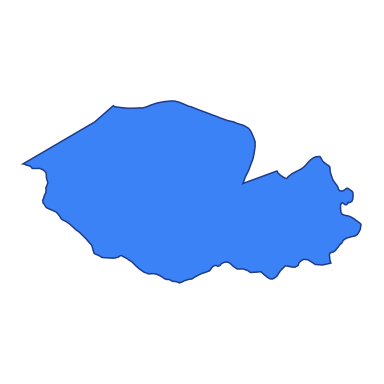 Pascal, Saint Lucia
{"feature_id": "8701671B58858754832343", "entity_name": "Pascal", "entity_type": "district", "adm_level": 2, "iso_a3": "LCA", "parent_name": "Saint Lucia", "parent_adm1": "", "projection": "natural_earth1", "projection_center": [-60.89, 13.902], "detail": "fine", "context": "isolated", "style": "filled", "palette": "blue", "viewbox_px": 384, "rotation_deg": 0, "n_neighbors": 0, "source": "geoboundaries", "source_scale": "gbopen_adm2", "svg_char_len": 4147}
<svg xmlns="http://www.w3.org/2000/svg" viewBox="0 0 384 384"><path d="M113.3,105.7L112.7,106.2L94.8,121.9L23.0,163.9L23.8,164.0L25.1,164.5L26.7,165.2L29.5,165.9L30.3,166.1L32.2,168.4L34.5,168.5L39.9,168.4L43.0,169.9L43.3,170.0L45.0,171.5L46.0,172.7L46.3,175.2L46.4,178.0L47.5,181.5L47.7,182.1L47.8,182.8L47.4,184.1L46.9,185.4L45.9,187.5L46.0,189.8L46.0,190.6L46.0,191.2L45.9,192.6L45.3,193.7L44.3,195.6L44.0,196.7L43.5,198.8L42.7,200.1L43.1,203.0L43.8,203.7L45.6,206.5L45.9,207.1L47.2,208.1L53.0,210.6L55.6,211.7L57.3,213.2L59.8,216.3L59.9,216.6L60.9,218.4L62.1,219.6L63.7,220.4L66.0,221.5L69.4,223.8L72.1,226.2L72.3,226.4L76.0,229.8L79.2,232.1L79.8,232.6L84.5,237.3L85.5,238.2L87.0,239.9L88.0,241.1L88.2,241.4L90.0,243.4L91.5,244.9L91.9,246.1L92.2,246.8L93.1,250.2L93.3,250.6L93.9,253.0L95.0,253.9L99.2,255.7L101.0,256.8L101.7,257.3L102.1,257.5L109.8,258.0L113.7,258.2L117.2,257.4L118.3,257.1L118.9,256.6L120.6,255.6L120.9,255.6L121.4,255.5L122.2,256.0L123.1,256.6L125.2,257.6L125.7,257.9L127.2,258.7L128.4,259.6L129.0,260.1L130.4,260.9L131.1,261.3L133.1,263.0L136.0,266.0L136.8,266.7L139.5,269.0L142.3,271.0L144.4,272.4L146.0,272.8L146.5,273.0L148.3,273.9L153.6,273.6L157.0,274.4L159.9,275.7L162.8,277.4L165.0,279.0L167.1,279.5L168.6,279.4L170.0,279.9L172.5,281.3L175.8,281.6L177.7,282.1L179.3,283.0L182.7,281.7L184.4,280.7L189.3,279.2L190.9,279.1L191.8,279.0L193.6,277.8L195.7,276.5L201.2,273.7L203.4,273.0L205.0,272.5L208.2,271.3L209.7,270.7L211.8,267.7L213.1,266.3L214.3,265.8L215.7,265.3L216.5,265.6L217.8,266.3L218.7,266.0L219.4,265.6L220.2,265.3L221.2,263.8L221.9,263.4L224.2,262.3L227.4,262.0L228.2,262.4L229.7,263.0L233.2,266.3L237.2,269.0L243.4,269.0L247.0,270.3L247.6,270.5L248.2,270.9L250.4,272.5L258.1,272.0L260.8,271.7L265.1,275.5L268.5,278.0L269.2,278.5L270.9,279.0L272.6,279.0L274.9,277.7L276.8,276.2L278.2,274.1L280.2,271.0L282.6,268.6L285.1,266.0L287.3,266.0L291.5,267.0L294.9,267.2L298.1,265.5L298.9,263.2L299.2,262.5L299.7,262.1L301.7,260.3L303.6,259.4L303.9,259.3L308.1,259.8L313.7,263.4L315.4,264.5L320.3,264.8L322.4,265.0L326.6,264.1L330.9,263.1L330.8,262.8L329.9,260.0L329.7,257.7L329.3,254.9L329.8,253.5L329.9,253.1L331.7,252.4L333.7,251.8L334.9,250.9L336.4,249.1L338.2,247.0L339.6,244.9L341.7,243.2L343.2,240.3L344.5,239.4L346.1,238.4L346.9,238.0L349.7,237.2L352.3,236.5L354.9,236.0L357.4,234.5L359.0,231.9L359.3,231.3L360.3,229.2L361.0,224.3L359.7,223.0L358.5,222.1L356.6,220.7L353.9,218.7L351.8,217.5L350.8,216.9L348.4,216.0L347.2,215.7L344.3,215.2L342.0,214.1L340.9,212.2L340.7,209.6L340.5,208.2L340.6,205.4L340.6,204.7L342.0,202.8L342.9,202.9L343.4,203.4L345.1,204.7L346.5,204.7L347.9,203.3L348.1,202.3L349.3,202.6L351.8,201.4L352.8,199.1L353.0,196.8L353.0,193.8L352.9,192.8L352.4,191.5L349.7,189.6L347.6,188.3L347.1,188.3L346.4,188.4L344.5,190.0L342.5,191.0L340.1,190.9L338.8,189.7L338.2,188.5L338.1,187.9L337.6,186.5L336.4,184.8L334.3,182.0L333.2,180.4L332.3,178.3L331.5,175.9L330.7,173.6L330.3,172.0L329.9,167.2L329.5,166.5L328.9,165.9L328.1,165.3L326.6,164.4L326.0,163.9L325.1,163.2L322.8,161.3L320.6,157.4L320.4,157.0L319.8,156.6L318.9,156.5L317.5,156.7L316.1,156.7L315.4,157.0L313.6,157.7L310.9,159.6L308.3,162.1L306.2,164.6L304.6,166.3L303.0,167.7L301.7,168.6L300.4,169.4L297.6,170.8L294.8,172.2L293.0,173.2L291.8,173.9L289.6,175.6L288.3,176.6L287.1,178.1L286.2,178.5L284.6,177.9L283.0,176.9L281.2,175.8L280.4,175.2L278.8,173.7L278.0,173.0L277.2,171.2L276.9,171.0L242.9,183.5L243.2,182.9L245.3,176.9L248.6,170.5L250.1,166.3L252.2,160.8L253.0,158.6L254.2,153.0L255.1,146.4L255.1,141.7L253.5,137.2L252.7,135.4L251.7,133.0L251.0,131.7L250.3,130.5L249.5,129.5L248.5,128.3L247.7,127.8L245.3,126.3L242.9,125.1L239.0,124.0L236.4,123.2L233.8,121.9L227.7,120.6L226.9,120.3L224.7,119.5L222.1,118.6L220.1,117.9L215.7,116.1L210.5,114.2L207.6,113.1L198.7,109.8L191.6,107.0L191.3,106.8L190.7,106.7L188.3,106.1L184.0,104.2L183.4,103.9L182.5,103.6L179.1,102.2L174.3,101.0L170.4,101.0L164.5,101.6L161.7,102.1L158.0,102.8L156.2,103.3L155.4,103.5L150.2,105.3L146.1,107.0L142.3,108.0L141.1,107.9L139.6,107.9L133.7,108.2L127.4,108.2L121.3,107.6L114.5,106.7L113.3,105.7Z" fill="#3b82f6" stroke="#1e3a8a" stroke-width="1.5"/></svg>